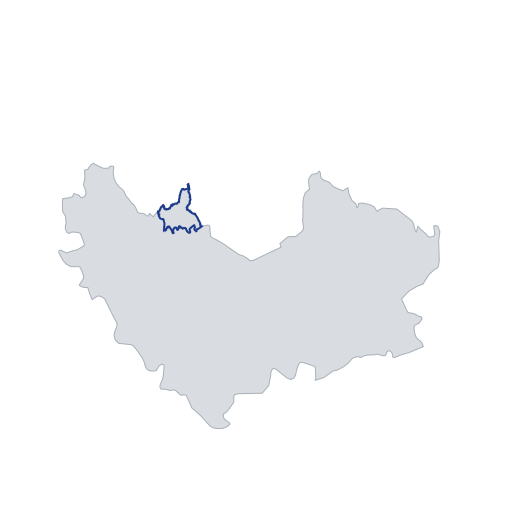 Gueckedou, Guéckédou, Guinea (highlighted), rotated 155°
{"feature_id": "49546643B20526276358370", "entity_name": "Gueckedou", "entity_type": "district", "adm_level": 2, "iso_a3": "GIN", "parent_name": "Guinea", "parent_adm1": "Guéckédou", "projection": "natural_earth1", "projection_center": [-10.315, 8.69], "detail": "fine", "context": "in_parent", "style": "outline", "palette": "blue", "viewbox_px": 512, "rotation_deg": 155, "n_neighbors": 0, "source": "geoboundaries", "source_scale": "gbopen_adm2", "svg_char_len": 8995}
<svg xmlns="http://www.w3.org/2000/svg" viewBox="0 0 512 512"><g transform="rotate(155 256 256)"><path d="M307.9,337.8L304.2,337.2L302.6,338.0L297.7,344.7L294.7,347.3L290.1,346.5L288.5,346.9L287.3,346.2L288.9,342.5L291.3,335.3L297.3,328.0L297.5,326.5L295.0,322.2L292.4,316.4L292.4,310.1L291.9,305.6L286.6,304.4L285.6,303.6L285.5,302.1L288.5,294.3L288.7,292.8L288.3,291.4L285.0,287.4L279.9,280.0L271.2,264.9L267.9,261.8L264.7,257.2L263.5,254.2L260.3,253.2L229.6,253.4L229.0,257.3L218.5,259.9L212.0,256.9L204.7,258.7L201.2,260.7L198.5,269.5L196.9,271.4L195.3,275.3L193.9,277.5L192.3,281.9L188.9,288.0L185.3,292.0L179.1,294.2L177.2,300.7L175.8,303.2L173.4,305.1L170.8,306.3L165.8,305.0L163.0,306.2L162.5,304.6L164.1,299.4L162.9,296.7L158.1,291.4L157.6,288.8L156.1,285.4L149.8,278.5L143.9,279.0L145.5,273.2L145.5,265.5L143.5,261.3L144.0,257.0L142.9,257.3L140.9,260.2L137.7,259.3L131.3,254.7L128.0,250.3L127.7,246.5L126.9,245.1L125.0,245.8L120.9,245.8L108.6,239.1L99.9,222.2L99.7,218.4L101.0,211.8L100.7,210.0L96.6,214.4L95.9,211.5L92.8,204.7L91.9,200.8L89.0,199.1L86.6,198.8L84.8,200.1L82.3,208.0L80.6,207.9L78.7,206.2L79.1,200.3L83.9,192.9L91.9,174.3L94.7,170.0L96.5,168.5L100.3,168.3L107.6,165.8L116.6,160.0L123.5,160.4L131.6,159.7L142.2,155.7L142.4,143.2L142.0,140.4L138.3,137.9L136.1,135.7L134.2,132.9L131.9,131.0L132.0,128.9L136.7,126.2L141.0,126.2L142.5,125.2L143.5,123.4L144.8,118.9L145.2,114.1L142.4,107.7L142.6,103.2L158.1,103.8L166.6,105.1L173.6,105.4L174.7,106.5L173.7,110.9L174.6,113.5L177.0,114.2L180.9,111.1L182.9,111.8L187.3,115.6L191.3,116.7L195.7,118.7L199.9,119.9L203.6,119.7L206.4,121.9L211.5,122.6L218.2,119.8L223.5,118.6L230.9,118.3L234.7,119.2L246.0,117.1L254.8,118.3L253.5,119.8L249.4,129.8L249.9,131.6L258.9,140.1L261.0,140.7L263.4,139.6L267.3,135.6L270.4,131.4L273.3,129.3L276.7,129.4L279.5,132.4L285.8,145.0L287.5,146.6L289.0,146.6L291.8,144.2L293.2,141.5L299.2,133.2L308.3,129.0L330.1,138.6L333.3,139.3L335.2,138.6L337.9,132.9L346.2,128.1L350.1,126.8L352.3,126.6L353.2,125.1L353.6,122.8L353.2,120.4L350.6,116.2L350.5,114.9L352.0,114.1L355.1,113.5L359.2,113.9L363.7,115.7L367.5,118.4L369.6,121.6L373.7,134.9L378.3,145.3L378.1,159.3L380.2,160.7L382.4,161.3L383.4,162.4L385.7,168.1L387.8,169.8L390.3,170.2L395.0,173.9L398.1,175.3L398.5,176.4L398.4,178.0L397.2,179.9L392.7,183.7L390.4,187.1L385.8,195.0L385.6,196.4L386.6,197.5L388.5,197.7L390.6,197.2L394.9,194.3L398.2,195.3L401.5,197.5L402.7,199.8L403.0,202.8L402.2,206.7L402.1,211.0L403.2,218.4L404.9,225.8L406.6,228.4L417.4,234.9L418.5,237.4L419.0,240.1L418.2,243.9L417.1,246.0L411.2,251.7L410.3,254.5L410.8,259.6L411.3,281.2L413.6,284.9L416.4,286.7L422.9,285.7L422.7,291.7L421.8,298.4L425.6,300.5L427.5,302.5L428.6,304.4L422.6,308.0L420.9,310.1L420.1,315.7L420.3,320.9L428.3,324.6L431.4,328.9L432.8,333.5L433.3,342.0L432.6,343.9L430.5,343.9L426.4,338.8L420.2,338.2L415.6,337.2L407.8,337.9L406.5,339.4L405.6,350.7L407.5,352.6L411.2,354.8L413.6,355.7L415.6,355.4L417.2,356.8L417.5,360.5L416.4,363.3L414.4,365.8L411.9,372.3L412.4,378.3L408.1,387.9L406.8,389.7L401.1,387.9L397.3,387.2L394.6,389.6L390.8,385.9L390.1,383.0L388.7,382.4L386.2,382.4L383.9,384.0L382.8,387.0L382.3,393.2L378.1,399.0L375.1,406.2L371.7,405.5L370.9,406.4L367.3,408.3L364.1,408.8L363.3,406.9L361.5,405.3L359.4,402.3L357.1,399.8L352.7,398.0L350.9,398.8L348.8,398.6L347.4,397.6L347.6,396.1L350.0,392.4L351.3,388.9L352.0,385.1L352.0,381.5L350.8,376.4L348.8,372.4L348.3,370.1L348.5,366.7L348.0,363.6L347.4,362.0L346.4,356.2L345.3,355.1L344.6,350.4L344.8,345.6L343.1,343.7L340.4,342.4L338.8,340.5L337.8,338.4L336.8,337.8L336.0,337.9L335.2,339.3L334.3,339.5L332.7,335.0L332.1,334.8L331.0,335.9L318.5,340.9L316.9,336.6L314.5,335.8L310.4,337.6L307.9,337.8Z" fill="#d9dde1" stroke="#a8b0b8" stroke-width="1"/><path d="M292.7,305.7L293.0,305.9L293.4,306.5L293.5,306.9L293.4,307.2L293.3,308.1L293.3,308.3L293.1,308.4L293.0,308.6L293.0,308.8L292.8,310.0L292.8,310.4L292.8,311.0L292.8,311.3L292.9,312.4L293.1,312.7L293.0,313.1L293.0,313.7L293.0,314.1L292.9,315.1L292.9,315.3L293.0,316.0L293.3,317.9L293.3,318.2L293.5,319.0L293.4,319.2L293.3,319.9L293.4,320.0L293.5,320.1L293.8,320.3L294.0,320.1L294.3,320.1L294.5,320.5L295.8,321.7L296.2,322.6L296.2,322.8L296.3,323.5L296.9,323.6L297.0,323.8L296.6,324.1L296.9,324.5L297.2,324.9L297.0,325.2L297.8,325.6L298.2,326.4L298.3,326.9L298.7,326.8L299.0,327.2L298.5,328.0L298.4,328.4L298.5,328.8L298.5,329.1L298.4,329.2L297.6,329.6L297.4,329.9L297.4,330.0L296.7,330.3L296.6,330.5L296.4,330.8L296.2,330.8L296.0,330.6L295.4,330.7L295.1,331.0L294.9,331.1L294.6,331.2L294.3,331.6L294.0,331.5L293.8,331.5L293.7,331.6L293.5,331.8L293.6,332.7L293.5,332.9L293.1,333.1L292.9,333.3L292.6,334.2L292.4,334.3L292.2,334.4L291.8,334.5L291.6,334.6L291.5,335.0L291.3,336.0L291.2,336.3L291.1,336.7L291.3,337.3L291.2,337.5L291.0,337.4L290.8,337.3L290.7,337.7L290.8,337.9L290.6,338.1L290.4,338.2L290.3,338.3L290.3,338.7L290.2,339.1L290.2,339.3L290.2,340.0L289.9,341.2L290.1,341.6L290.2,342.5L290.1,343.1L289.9,343.4L289.6,343.5L289.3,343.9L289.0,344.2L288.2,344.6L288.0,344.8L288.0,345.1L287.9,345.5L287.8,346.0L287.8,346.3L287.6,346.8L287.1,347.9L287.3,349.1L287.0,349.4L286.9,349.8L287.2,349.8L287.6,349.7L287.8,349.6L287.8,348.5L287.9,348.1L288.0,348.0L288.1,347.9L288.3,347.7L288.4,346.9L289.1,345.9L289.4,345.9L289.6,345.9L289.9,345.9L291.1,346.2L292.8,346.3L293.3,346.7L293.5,347.5L294.2,347.7L294.6,347.9L294.9,347.7L295.6,347.2L296.5,346.4L296.9,346.1L297.9,345.0L298.3,344.4L298.6,344.1L298.9,343.9L299.1,343.4L299.2,343.2L299.3,343.2L299.8,342.8L300.1,342.4L300.8,340.9L300.9,340.7L301.1,340.5L301.5,340.3L301.8,339.8L301.9,339.7L302.2,338.9L302.6,338.3L302.7,338.0L302.8,337.6L303.0,337.4L303.6,337.7L304.0,337.6L304.6,337.4L304.9,337.2L305.0,337.1L305.4,336.9L305.6,336.8L305.8,336.9L306.1,337.0L307.0,337.6L307.7,337.8L307.8,337.8L308.2,337.5L308.6,337.4L308.9,337.6L309.4,337.4L309.6,337.4L309.8,337.4L309.9,337.7L310.3,337.2L310.5,337.1L310.5,337.3L310.4,337.8L310.5,337.8L310.5,338.0L311.1,338.0L311.3,338.0L311.6,337.7L311.8,337.4L312.0,337.3L312.3,337.0L312.7,336.7L313.3,336.2L313.6,336.1L313.8,335.6L314.0,335.5L314.5,335.9L314.7,335.7L314.9,335.7L315.3,335.6L315.5,335.5L315.8,335.7L316.3,335.8L316.7,336.1L317.1,335.9L317.4,335.9L317.6,336.1L317.7,336.3L317.8,336.5L318.1,336.6L318.4,336.6L318.6,336.9L318.9,337.2L319.0,337.3L319.1,337.5L318.9,338.8L318.8,339.0L318.6,339.4L318.6,339.5L318.5,339.9L318.3,340.9L318.3,341.0L318.6,341.4L318.9,341.4L319.8,340.8L320.2,340.8L320.3,340.7L320.5,340.7L320.8,340.2L321.0,340.2L321.3,340.3L321.6,340.3L321.8,340.2L322.1,339.9L322.6,339.3L322.7,339.2L322.9,338.9L323.3,338.8L323.3,338.7L323.8,338.3L324.2,337.9L324.3,337.9L324.5,337.8L324.5,337.7L324.7,337.4L325.5,337.1L326.6,336.9L326.6,337.0L326.7,336.9L326.7,336.6L326.6,336.3L326.5,336.0L326.8,335.5L326.6,335.1L326.3,335.0L326.0,334.6L326.1,334.3L326.5,334.2L327.0,333.9L327.2,333.4L327.1,332.6L327.0,331.7L327.1,331.3L327.1,330.9L326.7,330.3L326.4,329.9L326.0,329.5L325.8,329.3L325.3,328.9L324.8,328.9L324.5,328.6L324.4,327.9L324.5,327.4L324.8,326.4L325.0,325.6L325.0,325.0L325.2,324.0L325.6,323.4L326.1,322.5L326.3,321.9L326.6,321.8L327.1,321.1L327.4,320.2L327.5,319.8L327.8,319.4L328.1,318.9L328.5,318.7L328.6,318.1L328.4,318.2L328.0,318.0L327.7,317.8L327.4,317.4L327.2,317.5L326.4,317.7L326.4,318.2L326.2,318.4L325.7,318.7L325.2,319.1L324.6,319.4L324.4,319.2L323.9,319.6L323.6,319.1L323.2,319.3L322.9,319.7L322.3,319.5L322.1,319.2L322.1,318.6L322.1,317.8L321.8,317.3L321.8,316.9L321.8,316.5L321.8,315.8L321.6,315.2L321.5,314.6L321.5,314.0L321.8,313.3L321.8,312.2L321.6,311.7L321.1,311.6L320.8,312.0L320.8,312.4L320.8,312.9L320.6,313.3L320.5,313.8L320.3,314.4L320.2,314.7L320.0,314.9L319.4,315.3L318.7,315.5L318.2,316.0L317.5,316.1L317.1,315.8L316.6,315.7L316.4,315.5L316.3,315.0L316.3,314.5L316.3,314.0L316.5,313.5L316.3,313.0L315.9,313.0L315.6,312.9L315.5,313.1L315.4,313.2L315.0,313.5L314.5,313.7L314.4,314.1L314.1,314.6L313.7,315.0L313.4,315.3L312.9,315.4L312.6,315.3L312.6,314.9L312.6,314.3L312.5,313.7L312.2,313.7L311.7,313.7L311.4,313.4L311.3,312.9L311.2,312.3L311.0,311.9L310.7,311.7L310.4,311.7L309.8,311.8L309.5,311.9L309.2,311.6L308.9,311.4L308.4,311.4L308.2,311.2L308.1,310.6L307.9,310.3L308.0,309.8L308.1,309.4L308.1,308.7L308.0,308.3L308.0,308.0L308.1,307.7L308.0,307.3L307.9,307.2L307.8,306.8L307.5,306.2L307.2,305.6L306.6,305.2L305.8,305.2L305.5,305.5L305.3,306.0L305.2,306.4L305.2,306.6L305.2,307.3L305.1,307.8L305.0,308.2L304.7,308.5L304.1,308.7L303.8,308.8L303.5,309.0L303.2,309.2L302.8,309.2L302.3,309.4L301.7,309.5L301.4,309.6L301.1,309.6L300.8,309.8L300.5,309.8L300.2,309.9L299.7,310.0L299.1,310.0L299.1,308.9L299.0,308.5L299.2,308.1L299.6,307.4L300.2,306.9L300.5,306.5L300.6,306.2L300.6,305.9L300.6,305.5L300.4,304.9L300.1,304.6L299.7,304.0L299.7,303.7L299.7,303.3L299.7,302.8L299.5,303.6L299.1,304.4L298.6,305.0L298.0,305.3L297.5,305.0L296.2,305.1L295.4,305.2L295.0,305.2L294.5,305.4L294.0,305.9L293.9,306.1L293.5,305.8L293.1,305.5L292.7,305.7Z" fill="none" stroke="#1e3a8a" stroke-width="2"/></g></svg>